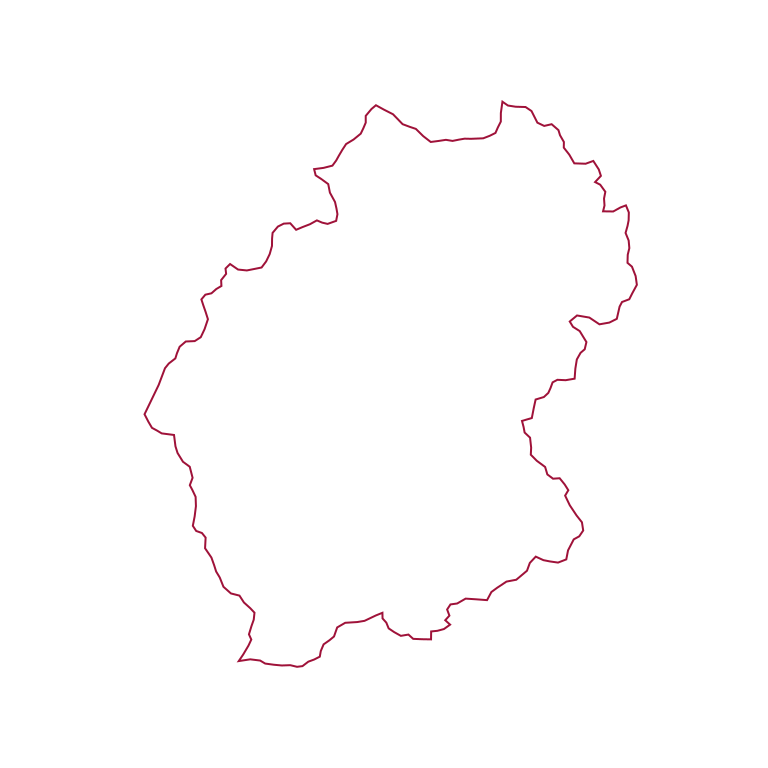 the district of Guareí, São Paulo, Brazil, rotated 101°
{"feature_id": "56859067B44284310246049", "entity_name": "Guareí", "entity_type": "district", "adm_level": 2, "iso_a3": "BRA", "parent_name": "Brazil", "parent_adm1": "São Paulo", "projection": "orthographic", "projection_center": [-48.224, -23.376], "detail": "fine", "context": "isolated", "style": "outline", "palette": "rose", "viewbox_px": 768, "rotation_deg": 101, "n_neighbors": 0, "source": "geoboundaries", "source_scale": "gbopen_adm2", "svg_char_len": 3266}
<svg xmlns="http://www.w3.org/2000/svg" viewBox="0 0 768 768"><g transform="rotate(101 384 384)"><path d="M427.9,605.0L459.4,613.3L466.1,608.0L471.3,603.4L473.0,598.0L474.9,592.8L474.1,580.4L485.0,576.8L491.1,573.5L498.7,566.5L502.3,558.9L512.6,554.0L520.4,555.3L524.6,551.9L530.7,547.4L539.8,545.3L550.1,544.6L559.7,544.6L564.1,540.3L565.0,534.3L568.8,529.8L579.4,528.3L587.3,520.3L594.4,516.1L600.1,513.0L605.3,508.3L613.7,502.9L618.8,494.3L619.3,485.5L625.2,479.8L629.6,472.5L633.2,467.5L640.2,466.9L646.9,467.9L655.5,468.8L660.2,465.5L666.6,467.1L676.4,470.6L683.7,473.7L679.8,462.8L679.1,452.8L681.1,447.3L680.6,438.6L679.8,430.6L677.9,422.4L678.2,415.4L676.5,410.2L671.0,405.3L667.8,400.0L663.9,395.0L658.2,395.1L651.1,393.6L645.9,388.6L641.4,384.9L631.9,383.5L625.8,376.5L622.8,364.9L620.2,357.9L612.8,347.9L608.9,341.9L614.4,340.7L617.8,336.2L623.0,332.8L625.6,326.7L628.0,319.4L625.3,312.2L628.6,306.7L627.3,298.1L625.7,289.1L617.9,290.5L616.1,284.5L613.1,278.4L607.6,273.2L604.2,278.8L598.9,275.6L593.3,279.0L587.7,276.7L585.5,270.3L579.1,262.9L577.7,251.9L576.5,241.6L567.7,238.9L562.4,234.0L554.6,226.1L550.9,216.8L540.0,208.0L531.8,206.7L524.5,202.1L526.5,193.9L526.5,187.1L526.1,179.1L521.4,171.6L512.2,171.6L500.3,168.1L496.3,163.3L489.8,160.5L482.0,163.3L476.3,169.9L467.6,178.5L459.0,184.9L453.1,182.8L448.1,187.5L443.0,193.6L444.7,200.0L441.6,206.4L434.7,210.0L430.2,219.4L425.4,226.4L418.4,227.4L408.8,230.4L404.8,236.7L399.5,238.8L393.9,241.5L389.2,232.4L379.2,232.4L370.3,232.2L366.3,224.6L361.4,221.0L356.3,219.8L350.2,218.8L346.8,214.6L345.6,206.4L342.4,197.9L332.3,199.1L323.1,199.4L315.9,197.0L311.6,193.6L304.2,193.3L294.7,202.0L291.8,209.4L287.2,213.6L279.9,207.6L279.6,195.1L284.3,183.9L280.7,174.5L275.6,167.9L263.1,167.5L258.1,166.0L254.0,159.4L247.6,157.6L238.4,154.7L230.0,157.6L221.5,163.0L218.6,168.1L210.6,169.4L203.8,169.1L196.5,171.2L189.6,175.7L182.3,175.1L176.6,175.1L168.9,176.4L162.5,180.6L165.6,185.6L170.9,191.9L172.7,201.9L166.7,201.6L160.0,203.4L153.1,203.4L147.1,209.8L145.5,215.3L138.3,210.8L132.4,214.1L125.1,221.1L129.3,228.1L131.1,239.3L123.5,245.9L117.7,252.6L112.1,253.6L106.2,258.7L101.5,261.2L97.0,269.0L100.1,276.0L98.2,283.3L87.9,291.3L85.1,297.9L86.7,307.6L87.0,315.5L84.3,321.6L95.7,321.0L104.1,319.4L110.5,321.2L116.3,322.5L120.2,327.6L123.9,333.5L126.7,345.3L127.8,351.7L129.8,357.0L132.3,363.1L132.5,369.8L135.0,376.8L137.5,384.3L133.2,392.8L127.5,401.4L126.7,407.5L125.4,415.3L117.5,426.6L114.7,436.4L111.9,445.1L116.5,448.8L124.3,453.1L130.9,451.8L137.0,453.1L142.7,454.6L149.8,460.5L155.7,467.0L162.1,469.6L168.3,471.8L173.8,473.6L179.5,476.3L183.4,484.6L186.4,493.6L192.2,490.9L194.7,484.8L198.4,476.9L206.5,473.6L214.7,466.8L220.9,464.1L226.2,462.1L233.0,462.1L237.6,469.9L237.4,475.5L236.2,481.1L241.3,487.2L245.5,493.9L249.4,499.7L244.1,506.7L245.7,513.0L249.7,518.2L256.9,522.2L262.7,521.6L269.9,520.3L278.3,521.0L286.2,523.1L293.0,526.4L295.6,532.7L298.7,540.3L299.5,549.1L295.6,558.0L300.9,561.6L306.0,560.0L313.1,563.7L318.8,562.3L322.7,566.7L327.9,570.7L330.4,576.4L335.8,579.4L341.2,576.4L347.4,572.8L354.0,569.2L364.4,570.6L373.0,572.8L378.0,578.0L380.1,586.7L386.4,591.7L393.3,593.1L398.7,593.7L405.0,599.2L410.3,602.0L427.9,605.0Z" fill="none" stroke="#9f1239" stroke-width="2"/></g></svg>